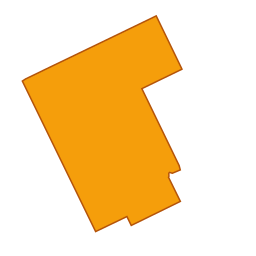 Carter, Oklahoma, United States of America, rotated 64°
{"feature_id": "52423323B10262331095216", "entity_name": "Carter", "entity_type": "district", "adm_level": 2, "iso_a3": "USA", "parent_name": "United States of America", "parent_adm1": "Oklahoma", "projection": "albers", "projection_center": [-97.204, 34.289], "detail": "fine", "context": "isolated", "style": "filled", "palette": "amber", "viewbox_px": 256, "rotation_deg": 64, "n_neighbors": 0, "source": "geoboundaries", "source_scale": "gbopen_adm2", "svg_char_len": 396}
<svg xmlns="http://www.w3.org/2000/svg" viewBox="0 0 256 256"><g transform="rotate(64 128 128)"><path d="M216.9,113.1L190.0,113.2L189.4,112.4L186.6,111.2L186.1,110.1L188.1,108.0L188.6,99.4L184.2,98.5L98.7,98.3L98.8,53.7L39.6,53.5L39.5,83.4L39.3,127.9L39.1,167.6L39.0,198.4L39.5,202.4L206.9,202.5L207.1,167.8L217.0,167.8L216.9,113.1Z" fill="#f59e0b" stroke="#b45309" stroke-width="1.5"/></g></svg>